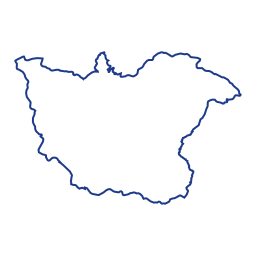 the district of Desesti, Maramures, Romania
{"feature_id": "2599482B12376527067201", "entity_name": "Desesti", "entity_type": "district", "adm_level": 2, "iso_a3": "ROU", "parent_name": "Romania", "parent_adm1": "Maramures", "projection": "robinson", "projection_center": [23.796, 47.753], "detail": "fine", "context": "isolated", "style": "outline", "palette": "blue", "viewbox_px": 256, "rotation_deg": 0, "n_neighbors": 0, "source": "geoboundaries", "source_scale": "gbopen_adm2", "svg_char_len": 5621}
<svg xmlns="http://www.w3.org/2000/svg" viewBox="0 0 256 256"><path d="M184.3,197.6L186.5,194.9L187.3,193.1L188.0,191.2L187.8,190.4L186.7,189.1L186.4,187.7L188.4,185.8L189.8,184.9L190.5,183.9L190.9,182.8L190.3,182.8L190.2,182.6L190.4,182.5L190.5,181.8L190.8,181.5L191.3,180.2L191.4,179.7L191.2,178.6L191.5,178.2L191.5,177.8L192.0,176.9L192.2,176.3L192.2,175.9L191.9,175.4L192.6,174.2L192.6,173.5L193.1,172.8L193.4,172.0L193.2,171.2L192.3,171.0L191.9,170.3L190.7,170.1L189.8,169.5L189.4,168.2L188.9,167.3L188.9,166.8L189.2,166.0L188.7,164.9L188.3,164.3L188.2,163.5L187.8,163.1L187.4,162.1L187.4,161.5L187.0,161.0L187.1,160.9L186.1,160.3L186.0,160.1L185.6,159.6L185.6,159.3L185.0,159.3L183.0,157.7L182.8,157.7L182.7,157.5L182.2,157.1L181.5,156.8L181.0,156.5L179.5,154.7L179.1,154.6L179.0,154.4L179.0,154.0L178.9,153.8L178.8,153.0L178.9,152.7L179.2,152.5L179.3,152.2L179.7,152.0L179.5,151.3L179.7,151.1L179.8,150.4L179.6,150.0L180.4,149.3L180.2,149.0L180.4,148.8L180.4,148.7L179.9,148.6L180.2,148.3L180.4,148.0L180.8,147.9L180.8,147.3L181.1,147.0L181.2,146.6L181.6,146.2L181.7,145.6L182.0,145.0L182.4,144.5L183.1,143.8L181.8,142.4L181.9,141.9L181.5,141.6L181.9,141.1L181.8,140.3L182.3,140.1L182.3,139.6L182.7,138.8L182.7,138.3L182.9,137.9L183.9,137.8L184.4,137.3L185.1,137.0L185.6,137.0L186.0,136.6L186.5,136.3L187.2,135.6L189.0,135.2L189.4,134.8L189.8,134.9L190.4,134.8L190.7,134.2L191.1,133.9L191.3,133.3L192.5,131.7L191.9,131.5L193.2,129.4L198.7,125.2L200.5,119.4L202.4,118.0L204.7,114.2L206.3,109.2L207.6,106.3L207.8,102.4L208.1,101.5L209.9,100.4L212.0,99.7L214.8,99.7L216.3,101.4L217.6,102.0L219.9,102.4L221.7,103.0L222.7,103.6L223.8,103.5L224.5,102.5L227.0,102.1L227.4,100.9L226.6,100.1L227.0,99.2L228.5,99.7L232.3,99.2L233.1,98.7L234.3,97.1L234.6,96.2L235.5,95.4L236.9,95.3L239.2,95.8L240.3,95.5L240.6,94.7L239.3,93.5L239.0,91.2L237.9,89.5L234.2,86.4L232.8,84.9L232.2,83.8L230.0,82.7L228.0,79.8L226.7,79.0L223.6,77.3L222.1,77.3L215.7,74.0L214.5,74.2L211.1,71.8L209.1,71.0L206.2,70.9L204.8,70.4L202.1,68.1L197.7,68.1L196.7,67.2L196.5,64.4L197.6,62.7L199.7,60.8L200.2,59.8L200.0,59.0L197.6,57.9L190.7,57.1L188.8,54.9L186.8,53.9L184.5,54.3L180.6,53.5L175.3,54.8L172.9,56.3L171.7,56.4L167.0,53.5L165.3,52.8L163.8,53.0L163.0,52.5L161.2,52.3L159.0,53.2L158.1,53.4L154.1,56.4L153.4,57.3L153.1,59.1L152.3,60.0L148.7,60.0L146.9,60.9L143.9,64.4L143.2,66.2L141.9,67.6L138.2,69.6L137.4,73.6L136.3,74.8L134.0,76.2L133.1,76.4L131.4,76.0L130.2,75.5L128.2,75.1L127.0,75.4L125.1,76.4L121.8,76.8L120.8,76.7L120.6,76.5L120.5,75.5L120.9,73.4L119.1,74.0L117.9,74.6L117.2,74.3L116.2,73.5L115.4,74.2L114.8,74.2L114.4,74.0L114.2,73.3L114.6,72.7L112.9,71.9L112.7,71.5L112.8,70.8L113.0,69.8L113.8,68.1L113.5,67.9L112.9,67.9L111.5,68.9L111.4,69.2L110.3,69.6L109.8,70.5L109.6,71.3L109.0,72.0L108.7,72.0L108.6,71.7L108.7,70.9L107.7,69.6L108.6,68.7L109.6,68.2L110.4,66.8L110.5,66.3L110.5,66.0L110.2,65.8L108.7,65.5L107.9,64.7L107.2,63.4L107.0,62.8L107.5,61.0L108.3,60.5L108.0,60.3L107.3,60.3L106.3,59.3L106.1,58.7L105.6,57.9L105.6,57.2L105.4,56.4L105.5,55.6L104.4,54.2L103.9,53.9L103.9,53.2L104.4,52.6L104.3,52.4L103.9,52.4L100.4,53.5L100.3,54.3L100.0,54.9L98.9,55.1L98.4,55.8L98.4,56.4L97.6,57.7L97.5,58.7L96.3,59.4L95.9,60.0L95.8,60.8L96.2,61.6L96.3,62.3L96.7,62.7L97.0,63.8L96.9,64.1L96.2,64.8L95.9,65.8L95.0,66.9L94.8,67.3L94.8,68.1L95.0,68.6L95.4,69.0L95.8,69.7L96.2,69.9L96.5,70.4L96.9,70.7L97.5,70.9L97.7,71.2L97.8,71.7L94.5,71.5L91.9,72.5L87.8,75.4L86.4,77.0L85.3,78.0L84.5,78.4L83.4,78.6L83.3,79.0L81.7,77.7L80.9,77.4L80.1,76.7L79.5,75.8L77.8,74.8L77.1,74.6L76.3,74.5L75.6,74.7L74.8,75.2L74.5,75.2L73.7,74.9L73.6,74.5L73.2,74.2L73.1,73.8L73.4,73.5L73.3,73.1L72.9,72.4L72.5,72.0L71.7,71.8L70.4,71.8L68.3,71.9L66.4,71.2L65.2,71.4L63.7,71.2L62.7,71.0L60.1,70.7L59.9,70.6L59.6,70.2L57.9,69.7L56.6,69.8L52.2,70.6L51.3,70.4L50.8,70.1L50.4,69.9L50.1,69.3L49.2,68.7L47.3,68.1L45.5,66.8L42.6,66.3L41.5,65.4L41.0,64.0L42.4,59.9L42.6,58.5L37.3,58.1L32.3,58.8L28.0,60.3L26.3,60.2L25.2,59.7L24.0,56.6L23.1,56.6L16.3,60.0L15.4,60.7L15.4,61.3L16.9,63.8L16.7,67.9L17.2,69.0L19.2,69.8L21.8,71.3L23.0,72.2L24.5,74.4L25.4,77.4L26.8,79.5L27.8,80.4L28.3,81.3L28.3,82.1L27.3,84.7L27.8,87.8L26.6,90.0L26.3,91.6L26.1,92.7L26.5,95.5L27.0,97.2L30.4,101.9L30.6,102.9L30.1,106.7L30.7,108.2L31.6,108.9L33.8,109.5L35.3,110.7L34.6,112.4L34.6,114.1L33.0,117.9L32.9,121.8L33.6,123.9L35.1,126.6L35.2,129.0L36.0,131.1L39.3,134.3L41.4,134.5L41.8,135.1L41.4,135.9L40.6,136.4L41.0,136.9L43.2,138.6L43.3,139.7L42.9,141.7L39.7,147.4L38.5,149.8L38.9,152.3L42.5,154.3L44.9,154.9L46.0,155.4L46.0,157.2L47.7,160.2L48.4,160.6L49.7,160.4L51.8,158.3L53.0,157.7L54.9,157.6L56.0,157.9L57.2,158.6L58.2,160.2L60.1,162.1L59.6,162.3L61.7,163.8L64.4,166.2L70.2,171.8L70.5,172.7L71.7,174.6L71.9,175.3L71.9,175.8L71.3,178.1L71.4,179.0L71.0,180.3L70.9,181.3L71.3,183.0L71.0,184.0L71.3,184.3L73.1,184.9L75.1,185.0L75.9,185.3L77.2,186.7L77.4,187.3L78.5,187.8L78.7,188.2L79.4,188.7L81.3,187.9L81.8,188.0L82.7,187.8L83.9,188.5L85.0,188.9L85.0,187.6L87.0,188.3L90.5,192.9L92.4,193.9L96.9,194.8L98.8,195.0L103.5,192.5L106.6,190.0L109.0,189.1L110.5,189.3L113.6,191.4L115.6,191.9L118.2,192.3L119.1,192.2L120.0,191.5L121.2,191.3L122.2,192.2L122.7,194.4L123.3,195.1L124.1,195.2L128.0,194.4L130.2,193.2L134.2,192.4L136.8,193.4L138.7,193.3L140.3,194.1L142.2,196.0L143.2,198.2L143.6,198.8L145.5,198.3L146.9,198.6L150.3,201.2L153.8,202.6L155.6,202.4L157.2,202.6L158.6,201.7L159.1,201.7L160.0,201.9L160.5,202.3L161.5,203.5L162.7,203.5L164.0,203.4L165.1,203.7L168.9,201.8L169.5,201.1L170.1,199.4L171.8,198.7L174.9,198.1L179.9,195.4L180.8,195.6L184.3,197.6Z" fill="none" stroke="#1e3a8a" stroke-width="2"/></svg>